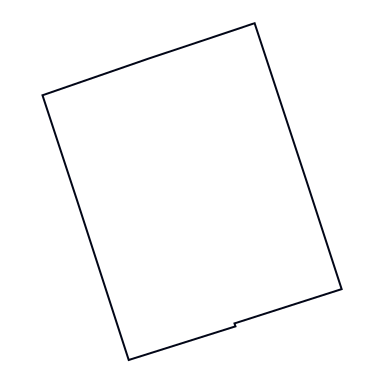 Ellsworth, Kansas, United States of America, rotated 252°
{"feature_id": "52423323B44476326195036", "entity_name": "Ellsworth", "entity_type": "district", "adm_level": 2, "iso_a3": "USA", "parent_name": "United States of America", "parent_adm1": "Kansas", "projection": "albers", "projection_center": [-98.23, 38.696], "detail": "fine", "context": "isolated", "style": "outline", "palette": "ink", "viewbox_px": 384, "rotation_deg": 252, "n_neighbors": 0, "source": "geoboundaries", "source_scale": "gbopen_adm2", "svg_char_len": 289}
<svg xmlns="http://www.w3.org/2000/svg" viewBox="0 0 384 384"><g transform="rotate(252 192 192)"><path d="M51.8,79.9L50.8,191.8L53.9,191.8L53.4,304.3L165.8,304.3L333.2,303.7L332.7,247.6L332.3,191.6L330.2,79.7L219.1,80.1L51.8,79.9Z" fill="none" stroke="#020617" stroke-width="2"/></g></svg>